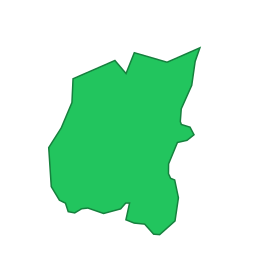 the Metropolitan Borough of Leeds, rotated 106°
{"feature_id": "GBR-5674", "entity_name": "Leeds", "entity_type": "Metropolitan Borough", "adm_level": 1, "iso_a3": "GBR", "parent_name": "United Kingdom", "parent_adm1": "", "projection": "robinson", "projection_center": [-1.452, 53.819], "detail": "fine", "context": "isolated", "style": "filled", "palette": "green", "viewbox_px": 256, "rotation_deg": 106, "n_neighbors": 0, "source": "natural_earth", "source_scale": "10m", "svg_char_len": 633}
<svg xmlns="http://www.w3.org/2000/svg" viewBox="0 0 256 256"><g transform="rotate(106 128 128)"><path d="M66.7,159.2L76.2,144.9L53.9,142.7L54.0,108.6L31.1,81.0L45.5,81.8L69.4,78.5L94.9,82.1L107.4,79.5L109.9,77.7L110.1,68.6L116.3,62.7L123.6,67.9L128.3,76.5L151.3,79.1L160.8,76.5L164.6,73.2L165.1,68.8L181.2,60.3L204.4,57.2L221.8,68.2L223.0,74.1L215.8,85.5L217.7,95.9L216.8,104.7L199.7,105.8L200.8,109.5L207.8,112.8L216.9,127.9L216.0,144.5L218.4,150.3L224.3,155.8L224.9,162.4L217.5,167.4L216.3,174.0L205.5,185.6L168.7,198.8L146.4,192.2L119.0,188.9L95.8,194.4L66.7,159.2Z" fill="#22c55e" stroke="#15803d" stroke-width="1.5"/></g></svg>